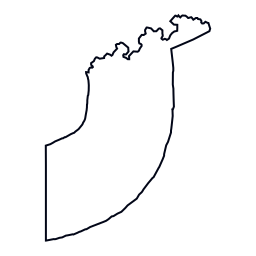 the district of Jarra East, Lower River, Gambia
{"feature_id": "56634734B99377934241318", "entity_name": "Jarra East", "entity_type": "district", "adm_level": 2, "iso_a3": "GMB", "parent_name": "Gambia", "parent_adm1": "Lower River", "projection": "robinson", "projection_center": [-15.258, 13.452], "detail": "fine", "context": "isolated", "style": "outline", "palette": "ink", "viewbox_px": 256, "rotation_deg": 0, "n_neighbors": 0, "source": "geoboundaries", "source_scale": "gbopen_adm2", "svg_char_len": 2805}
<svg xmlns="http://www.w3.org/2000/svg" viewBox="0 0 256 256"><path d="M46.0,240.6L53.7,239.1L54.4,239.2L55.7,239.1L59.5,237.8L62.2,237.4L65.9,235.6L67.9,235.3L72.7,234.3L73.4,234.5L77.4,232.8L79.4,231.8L80.6,231.5L85.3,229.3L86.5,229.2L90.2,227.0L101.6,222.6L102.7,222.2L106.1,220.8L108.6,219.1L111.7,216.4L112.0,216.4L113.5,216.1L117.5,213.6L121.2,211.9L121.4,211.8L125.3,208.0L127.6,205.4L136.8,198.6L139.1,194.6L141.8,192.1L142.8,190.6L143.4,189.5L148.3,183.0L152.5,178.0L153.6,177.2L158.8,167.6L159.2,167.1L162.7,159.2L164.1,155.7L164.1,154.2L166.2,145.3L168.0,141.9L171.0,132.5L171.0,130.6L171.3,128.7L171.7,125.3L172.7,116.0L172.5,110.0L172.4,109.6L172.8,109.6L173.9,106.6L173.7,101.4L173.5,94.6L173.4,89.7L173.4,88.7L172.8,84.6L172.9,72.5L173.3,70.8L173.3,67.9L172.7,62.0L171.2,48.9L176.0,46.9L193.2,39.5L209.4,31.2L210.1,28.9L210.2,28.7L208.4,23.0L207.7,22.9L205.4,21.8L203.7,23.4L202.2,23.5L201.2,22.4L201.4,21.0L200.4,19.4L198.0,19.0L197.4,18.0L195.9,18.0L193.3,19.7L191.8,17.7L191.2,17.2L190.4,17.4L188.4,18.0L188.1,18.0L187.3,17.1L185.5,15.7L182.4,15.5L181.5,16.1L180.3,17.4L179.3,16.5L178.4,15.4L177.6,16.5L177.3,16.6L175.8,15.7L175.2,15.7L173.8,17.2L170.3,21.2L173.9,24.6L177.3,24.8L177.3,28.1L177.2,30.8L175.8,31.2L174.4,31.4L172.1,33.1L170.4,35.2L170.1,35.8L169.0,38.6L166.9,40.0L166.1,39.3L164.8,38.8L163.5,39.4L162.8,39.7L161.6,38.8L161.4,38.2L162.7,36.0L162.7,35.0L162.4,33.6L162.4,30.3L160.1,28.4L159.7,28.4L158.7,28.7L156.4,31.2L153.8,31.3L151.1,28.4L147.2,27.5L146.6,27.5L145.1,30.0L145.1,31.3L145.7,33.6L143.7,35.0L141.7,34.9L138.9,38.5L138.9,41.8L139.3,43.4L140.9,44.0L141.6,44.8L141.6,46.0L139.9,48.4L138.9,50.7L138.7,50.9L137.7,51.7L133.4,51.4L129.0,56.1L129.2,58.1L129.2,58.7L129.2,59.2L127.8,59.2L126.0,57.8L123.5,56.9L123.2,55.2L123.9,54.2L124.9,54.4L125.6,54.4L126.1,54.4L128.5,51.5L128.2,47.6L122.8,43.1L121.1,42.6L120.5,42.6L119.1,44.0L117.1,44.0L115.9,44.8L116.3,47.0L117.1,48.6L113.6,52.3L112.8,54.1L112.4,55.0L111.5,55.7L110.0,54.6L107.1,53.6L104.9,55.8L104.2,56.4L104.1,58.0L99.7,58.7L97.4,57.5L96.5,57.3L96.2,57.3L95.5,58.1L94.9,58.7L94.2,60.3L93.9,61.1L91.1,63.1L91.1,64.4L91.4,65.2L92.7,66.4L92.8,67.2L92.1,67.7L90.7,67.5L89.7,68.0L88.6,69.9L88.6,72.4L86.1,72.1L86.1,73.1L86.5,74.3L86.8,74.9L87.1,75.8L87.7,76.9L88.0,78.7L88.4,80.2L88.6,82.5L88.8,85.2L88.7,90.6L88.3,94.4L88.3,94.9L87.8,95.8L87.3,100.3L87.3,102.2L87.2,103.9L87.2,104.0L87.0,104.3L86.9,107.8L86.7,109.2L86.7,109.8L85.8,114.7L85.5,116.5L85.4,117.2L85.1,118.8L84.4,120.6L83.1,122.7L82.6,124.0L82.2,124.7L80.9,126.3L79.1,128.5L78.6,129.1L77.6,129.9L75.2,131.7L74.3,132.7L72.7,133.3L70.7,134.2L69.7,134.8L65.5,137.2L64.7,137.2L63.0,138.3L62.2,138.3L59.2,139.7L55.1,141.4L53.2,142.6L50.3,144.2L45.8,145.6L45.9,165.1L45.9,194.1L45.9,240.6L46.0,240.6Z" fill="none" stroke="#020617" stroke-width="2"/></svg>